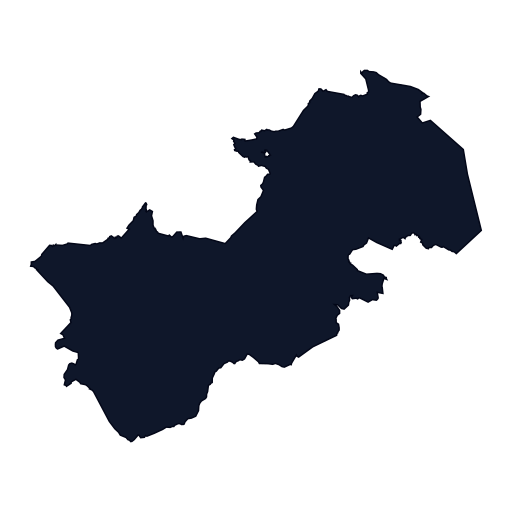 outline of Tangancícuaro, Michoacán, Mexico
{"feature_id": "50627088B86579447332428", "entity_name": "Tangancícuaro", "entity_type": "district", "adm_level": 2, "iso_a3": "MEX", "parent_name": "Mexico", "parent_adm1": "Michoacán", "projection": "albers", "projection_center": [-102.26, 19.874], "detail": "fine", "context": "isolated", "style": "filled", "palette": "ink", "viewbox_px": 512, "rotation_deg": 0, "n_neighbors": 0, "source": "geoboundaries", "source_scale": "gbopen_adm2", "svg_char_len": 6008}
<svg xmlns="http://www.w3.org/2000/svg" viewBox="0 0 512 512"><path d="M233.4,137.3L231.9,138.6L234.0,140.0L233.6,141.3L235.0,143.3L233.8,144.6L234.8,147.1L235.7,148.2L235.5,149.1L234.5,149.6L234.7,150.5L236.9,151.2L238.4,151.2L238.8,152.5L243.1,156.6L244.7,157.2L245.5,156.6L246.4,157.0L248.0,156.6L249.1,159.9L250.3,160.8L250.2,162.0L253.8,161.8L255.8,164.2L258.0,165.3L258.5,166.2L261.4,165.4L265.3,166.5L266.3,168.1L268.5,169.3L270.2,173.4L269.8,174.2L267.6,174.3L265.9,176.4L264.6,177.3L263.4,182.2L262.4,184.1L260.8,185.4L261.0,187.0L263.5,190.4L260.9,196.8L258.0,199.5L256.7,204.9L256.4,208.3L256.4,209.6L257.2,211.4L244.9,222.6L235.1,232.9L231.5,236.0L230.8,237.7L225.2,243.6L205.7,238.2L199.7,238.8L186.3,235.6L183.9,236.2L183.1,238.4L180.9,232.0L176.8,232.1L173.0,236.4L171.6,237.2L169.3,235.1L168.4,236.0L158.3,233.3L157.5,232.0L156.5,231.5L155.6,229.3L155.1,229.3L155.0,228.3L154.2,228.2L153.0,225.2L153.0,220.8L151.5,215.8L152.4,211.5L149.7,209.9L146.4,211.9L145.9,211.4L146.4,210.1L146.0,208.8L146.1,205.3L146.7,204.7L146.2,203.2L145.5,202.9L142.4,207.0L142.3,207.9L141.4,209.3L140.1,210.3L138.8,212.6L136.6,214.6L136.4,216.0L134.1,217.3L133.3,220.7L129.0,225.1L127.0,228.2L129.2,229.2L121.3,238.1L118.5,235.9L117.3,236.1L117.0,237.0L115.6,237.2L116.1,237.9L114.9,238.5L111.3,235.9L109.7,236.6L109.6,237.7L108.5,238.1L108.7,238.4L108.0,238.6L107.5,239.5L102.5,243.0L99.7,242.9L96.8,244.0L95.2,243.5L91.6,244.4L90.4,245.5L68.0,243.1L67.2,244.0L62.5,245.4L55.7,245.0L55.7,244.6L54.6,245.7L53.3,245.1L53.1,246.0L52.5,246.5L51.5,245.5L49.6,245.3L41.8,254.4L41.4,256.2L35.0,261.4L31.3,262.0L31.3,264.3L30.7,266.2L33.5,266.5L34.8,267.8L36.4,268.5L36.5,269.6L37.8,269.8L37.4,270.5L47.8,281.7L53.1,286.0L69.6,307.3L71.8,312.9L71.8,315.2L71.1,317.6L71.3,318.6L70.3,319.8L71.0,322.5L60.7,333.5L62.9,334.7L64.6,338.3L58.0,340.1L55.6,342.7L55.4,344.4L55.5,346.7L56.4,348.2L57.6,349.0L64.2,346.1L72.8,351.0L78.1,352.5L78.3,353.2L78.6,359.0L77.4,359.8L76.2,363.9L75.2,364.9L73.9,363.9L71.8,363.1L69.8,363.7L68.7,365.0L67.5,369.6L64.2,374.4L64.0,377.5L65.5,379.9L64.3,384.8L66.1,385.5L66.5,386.3L71.1,383.3L71.2,381.9L75.9,379.3L79.9,382.3L80.7,383.7L85.6,384.7L87.2,385.8L90.0,388.5L89.6,388.9L92.0,390.0L93.5,391.5L109.3,421.4L114.8,428.7L118.6,432.3L120.3,435.1L126.1,437.5L128.0,439.7L129.6,440.2L130.7,441.6L131.9,441.4L134.2,439.6L138.2,434.9L138.8,435.0L140.7,437.7L144.4,437.3L145.6,435.5L146.9,436.2L154.2,433.3L162.8,429.3L166.3,427.1L170.1,427.4L172.5,426.4L173.8,426.5L174.8,425.2L178.1,423.6L180.1,423.7L181.5,424.5L183.6,424.4L184.1,424.1L185.0,421.8L187.8,418.7L191.4,418.1L195.7,416.2L198.5,410.6L198.8,405.7L199.7,403.3L201.4,401.0L205.5,398.5L206.5,396.9L206.6,394.1L207.6,391.6L208.4,385.3L210.2,384.3L210.9,383.2L212.2,382.5L212.3,378.0L214.4,373.5L214.5,372.3L216.3,371.1L218.7,368.1L220.8,367.7L224.0,363.6L227.4,362.1L228.5,360.9L230.4,361.2L232.8,362.4L233.9,363.5L234.7,363.6L236.2,361.5L238.4,360.7L239.7,359.7L242.4,360.2L244.5,358.9L247.2,354.0L249.3,354.4L253.4,357.4L258.5,361.8L259.4,363.5L268.1,363.7L272.7,364.3L275.4,363.4L279.1,364.7L282.0,366.6L284.4,367.1L290.2,364.4L291.2,364.7L291.6,363.1L296.4,355.0L296.9,356.2L298.6,357.1L312.8,346.8L336.6,335.3L336.9,333.3L337.6,333.0L338.0,331.6L339.1,330.1L339.1,327.7L338.5,324.2L336.2,322.7L336.1,319.1L335.7,318.5L337.3,315.2L339.6,313.4L339.6,310.4L336.9,306.5L334.5,304.5L337.6,304.7L341.5,308.5L344.1,309.1L348.4,305.1L348.8,302.1L349.6,300.2L349.4,297.4L350.6,295.7L352.5,295.5L351.4,297.4L352.4,298.7L356.1,298.2L357.7,298.9L358.5,298.0L359.7,297.9L368.1,302.1L372.4,299.6L376.4,300.2L377.0,299.7L378.0,298.5L378.1,297.4L377.2,292.3L382.9,293.4L382.2,287.2L381.8,287.1L382.2,283.8L383.9,278.4L386.7,279.4L386.1,278.2L386.2,277.5L384.4,277.0L383.4,275.2L380.5,273.7L377.0,273.4L366.4,274.2L357.4,270.6L357.3,269.6L352.4,265.0L350.6,264.3L350.7,263.3L349.9,263.3L349.7,262.3L349.0,262.1L349.1,261.4L348.6,261.0L348.9,260.3L348.0,258.8L348.1,255.4L349.0,254.2L349.6,254.2L352.2,250.2L352.6,249.7L356.0,249.2L363.0,246.5L363.9,244.9L366.5,243.0L368.5,237.9L376.7,242.5L392.2,249.3L394.1,245.4L395.7,245.5L396.3,246.1L399.4,243.5L400.7,243.5L401.2,242.6L400.6,241.9L401.1,241.0L400.9,240.6L399.5,240.5L399.4,239.2L400.6,239.0L401.1,238.3L402.6,237.6L403.5,237.5L405.0,238.6L405.5,236.9L406.6,236.7L407.4,235.6L410.3,235.4L411.6,233.3L413.3,232.6L414.7,233.6L415.0,234.7L416.2,234.3L416.8,235.5L417.4,235.2L419.0,236.2L418.5,236.5L418.7,237.2L419.5,237.4L419.8,238.4L420.2,238.2L421.0,239.4L421.7,239.5L420.7,242.1L422.7,243.2L422.8,244.8L426.2,248.2L428.4,248.7L428.6,247.6L431.5,247.5L433.1,245.6L435.0,244.6L436.2,244.6L441.3,247.2L442.7,247.1L443.2,246.5L448.8,249.9L450.4,250.1L452.0,251.4L454.3,251.8L456.3,253.6L481.3,230.4L467.4,174.1L463.3,149.5L430.4,120.4L422.3,123.0L417.1,117.0L420.6,114.2L420.9,109.4L420.2,107.0L420.0,101.4L428.5,96.5L426.9,95.9L423.7,93.2L422.2,93.4L422.5,92.6L418.3,89.5L410.4,86.5L390.6,83.1L388.5,81.7L386.5,79.4L378.5,74.7L376.2,72.6L373.6,71.9L369.0,71.6L367.4,70.4L364.4,70.4L362.9,71.6L362.1,73.4L360.8,71.8L360.8,73.4L365.8,78.9L368.6,90.3L368.5,92.0L367.2,92.9L367.4,94.2L362.5,96.0L360.8,95.3L359.0,96.2L358.7,96.9L357.2,95.2L355.5,94.8L353.5,95.8L352.1,97.4L348.9,96.6L348.6,96.2L347.0,96.1L345.7,95.3L344.7,95.5L344.0,94.4L327.3,91.4L326.0,89.7L323.1,91.3L321.1,89.1L319.9,88.8L318.8,89.0L318.6,90.5L317.9,91.4L314.9,93.6L312.2,98.5L309.7,101.1L309.7,102.6L308.3,103.6L308.4,104.8L307.8,106.2L303.5,110.4L293.4,126.4L291.5,128.0L284.6,130.1L283.2,129.4L278.2,131.2L275.7,131.2L274.3,131.7L271.5,131.2L269.0,129.9L267.5,130.0L266.8,129.4L264.5,130.8L261.7,130.1L261.4,130.9L260.4,131.1L259.0,132.8L256.1,133.0L254.7,133.9L257.0,137.2L256.6,138.9L251.6,140.0L245.5,141.0L245.0,140.8L244.9,139.4L241.8,139.1L241.4,139.6L239.1,139.4L233.4,137.3ZM265.1,149.9L266.8,150.2L270.4,155.1L268.8,155.7L269.1,156.2L266.3,157.1L266.2,156.5L265.1,156.9L264.3,152.9L261.0,152.3L262.2,152.0L265.0,152.8L265.9,151.6L264.7,150.6L265.1,149.9Z" fill="#0f172a" stroke="#020617" stroke-width="1.5"/></svg>